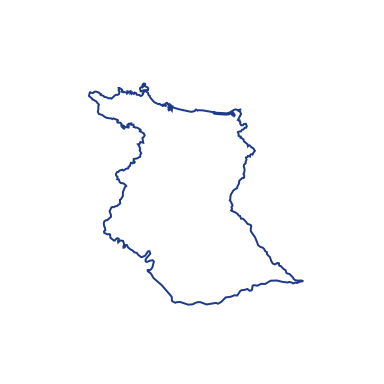 the State of São Paulo, rotated 222°
{"feature_id": "BRA-1311", "entity_name": "São Paulo", "entity_type": "State", "adm_level": 1, "iso_a3": "BRA", "parent_name": "Brazil", "parent_adm1": "", "projection": "albers", "projection_center": [-47.634, -22.544], "detail": "fine", "context": "isolated", "style": "outline", "palette": "blue", "viewbox_px": 384, "rotation_deg": 222, "n_neighbors": 0, "source": "natural_earth", "source_scale": "10m", "svg_char_len": 6102}
<svg xmlns="http://www.w3.org/2000/svg" viewBox="0 0 384 384"><g transform="rotate(222 192 192)"><path d="M316.1,220.2L315.4,220.8L312.4,221.2L311.7,220.3L310.7,220.5L310.9,219.7L310.1,220.0L308.1,221.7L306.6,222.2L306.1,221.8L305.9,222.6L307.2,223.7L305.9,224.2L305.2,225.6L304.5,224.8L304.6,225.6L302.8,224.6L302.8,226.0L301.1,225.8L300.7,226.4L301.1,227.5L299.4,228.1L298.3,227.3L295.8,228.9L294.4,228.9L293.7,230.5L294.0,232.1L294.7,232.5L294.5,233.7L294.9,234.6L294.5,235.9L293.8,236.2L292.7,236.0L291.2,236.4L289.2,235.0L287.8,235.2L287.4,234.7L284.7,234.0L280.1,233.5L276.2,234.6L275.0,235.9L274.0,235.7L271.6,236.7L271.3,236.4L270.2,238.0L268.4,238.7L269.6,238.8L271.3,237.3L272.3,237.1L270.8,239.0L270.6,241.1L269.9,241.6L268.9,241.1L266.8,242.4L265.8,242.3L267.1,241.1L266.4,239.1L264.6,238.3L264.6,237.5L263.8,237.3L263.7,238.4L263.0,238.8L263.0,239.4L261.6,239.1L262.9,241.0L264.0,241.2L264.0,242.5L263.7,242.7L263.0,242.0L257.2,244.7L246.4,250.9L244.8,252.9L244.1,254.5L244.4,255.6L243.9,256.1L242.8,256.2L242.8,255.5L242.1,256.9L238.7,259.8L230.6,264.9L228.9,265.3L227.8,265.1L224.6,267.4L218.6,272.2L216.5,274.5L215.3,277.0L214.4,277.5L212.9,277.3L213.2,276.8L214.4,276.6L214.1,276.2L212.7,276.2L212.1,277.5L211.6,277.1L211.6,277.6L212.2,278.0L214.8,278.6L216.7,277.8L215.7,281.3L214.7,282.7L212.6,283.6L210.7,286.4L212.2,283.7L211.7,283.3L210.4,284.0L207.7,282.8L206.1,276.3L204.6,277.0L204.5,276.4L202.8,276.3L202.0,275.1L200.1,274.5L198.9,275.6L198.9,277.1L197.7,278.7L195.3,277.6L194.8,276.0L195.8,274.9L195.7,272.9L196.4,271.8L196.2,269.7L197.4,268.6L198.0,267.2L196.0,266.2L195.1,265.0L194.1,265.0L192.8,265.8L192.1,264.8L191.2,265.3L188.9,265.5L187.3,264.4L182.7,264.6L181.1,263.5L181.2,264.6L180.4,265.2L177.5,265.0L175.8,265.5L172.8,264.7L172.7,262.3L172.0,260.4L173.3,259.7L173.5,258.0L172.7,257.2L174.5,256.1L174.2,255.1L175.0,253.8L173.1,252.4L172.3,250.2L171.4,249.5L171.5,247.0L170.8,245.7L169.2,244.9L167.8,243.7L166.3,241.6L165.7,239.7L164.6,239.5L163.1,237.9L163.0,236.9L163.6,236.6L164.0,235.8L164.4,232.0L162.7,229.6L161.9,226.2L161.1,225.2L162.3,221.1L161.5,216.5L160.5,214.4L158.7,212.3L158.4,211.1L157.2,211.0L153.3,209.4L152.7,208.7L152.6,207.3L150.9,206.2L150.6,204.5L150.0,204.5L150.0,205.0L149.0,204.8L146.0,205.9L143.4,206.2L141.6,205.7L140.2,206.3L137.7,205.0L136.4,206.2L133.9,206.2L129.2,205.5L127.0,206.5L125.8,206.7L125.1,206.3L124.1,204.4L122.0,202.2L114.7,200.5L107.1,196.7L104.6,196.9L102.0,198.0L100.2,197.9L97.9,197.0L96.1,197.4L94.5,195.9L90.4,195.7L86.9,193.7L84.2,192.9L82.0,193.6L80.9,196.5L79.6,197.2L78.8,196.1L77.7,195.7L76.5,196.4L72.3,196.0L70.0,196.5L68.1,195.2L67.0,195.1L64.5,196.3L59.9,196.0L58.2,195.4L56.4,195.5L54.5,196.6L51.3,199.6L49.6,200.2L51.4,198.2L53.2,194.5L54.3,194.1L55.7,191.7L57.2,191.5L59.6,190.2L60.3,188.8L64.7,185.7L69.6,183.1L74.2,178.7L76.1,172.6L79.1,170.1L80.7,166.1L83.0,164.7L84.1,163.5L84.1,162.5L82.0,159.6L82.0,158.7L83.1,157.2L85.9,157.0L87.5,154.3L89.4,152.3L89.9,150.7L89.1,145.4L91.5,143.5L93.0,140.2L96.5,136.1L96.7,130.0L97.9,126.4L100.0,125.6L105.9,118.2L111.9,115.8L113.5,114.6L115.3,112.0L116.3,109.0L119.5,105.7L127.1,102.4L129.6,100.0L130.2,98.6L133.4,97.6L134.5,98.0L136.5,100.2L137.3,100.6L152.1,102.5L162.9,102.3L168.1,103.9L171.7,103.5L172.7,104.2L172.5,104.8L171.1,105.5L170.7,107.2L171.0,109.5L173.7,114.6L174.8,115.1L175.8,114.7L177.4,112.7L178.4,110.3L179.3,109.4L180.5,109.7L181.3,110.8L181.6,112.4L181.7,118.2L183.9,119.5L185.0,118.4L184.2,113.4L185.6,110.1L186.4,109.6L189.8,109.3L192.3,109.8L194.6,108.6L197.1,108.8L199.9,108.1L202.7,108.1L205.0,109.0L205.7,108.2L205.0,105.8L205.6,104.8L206.4,105.4L207.4,107.8L210.5,109.5L212.6,108.2L213.1,106.9L213.1,105.2L214.2,106.0L214.6,107.6L215.2,108.2L216.6,107.7L217.1,105.5L216.8,104.5L217.5,103.7L222.0,103.4L224.5,105.6L225.3,105.4L226.4,104.0L229.9,102.9L231.0,103.8L230.9,105.5L232.2,106.8L235.2,108.4L236.8,110.0L237.5,111.4L237.1,113.3L236.1,114.5L235.6,119.3L236.9,120.7L240.3,122.5L241.5,126.3L241.3,127.4L240.0,128.3L239.5,130.0L238.4,131.3L237.7,135.4L240.3,137.9L240.0,139.2L240.7,142.8L243.2,145.6L245.1,150.6L244.8,152.4L245.6,152.7L248.2,152.6L250.0,151.8L250.8,151.0L252.4,151.0L254.8,152.3L256.1,151.4L256.4,152.4L257.2,152.8L257.5,153.4L259.3,153.5L260.5,154.3L261.0,156.7L260.2,157.7L260.2,159.4L258.7,162.0L257.4,162.0L256.4,165.5L255.3,166.6L255.4,167.6L256.1,168.4L255.6,169.7L256.9,172.7L256.6,173.1L255.5,173.4L255.2,174.0L255.5,174.7L254.4,175.1L254.3,175.5L254.9,176.1L256.5,176.3L257.4,177.6L255.4,180.0L254.1,183.5L255.4,185.3L255.7,186.9L258.9,188.0L259.4,189.5L262.3,190.9L264.1,191.3L263.1,192.6L263.8,194.6L261.2,196.0L265.0,199.0L264.7,200.8L265.1,202.5L267.3,203.3L271.5,202.2L271.8,202.6L271.6,203.7L272.3,203.8L275.9,203.1L277.2,201.9L278.3,201.9L278.9,201.3L280.5,202.8L281.8,201.6L283.0,202.4L283.6,201.6L283.4,200.5L284.6,200.5L284.9,198.8L284.6,198.2L282.8,198.2L282.3,197.5L285.4,195.4L284.7,193.8L285.0,193.5L287.4,193.5L286.4,194.9L286.5,195.4L287.0,195.6L289.5,194.5L290.0,195.4L291.5,195.6L293.8,193.8L294.7,194.3L294.9,195.6L295.3,195.8L299.6,194.1L300.1,192.9L301.0,192.7L304.4,190.4L306.2,189.6L310.5,189.1L313.4,187.7L315.7,188.6L317.1,191.1L319.1,193.1L319.4,194.4L320.4,194.9L321.8,194.8L323.5,195.3L327.3,194.5L327.9,194.1L328.5,194.6L332.8,194.4L334.3,197.1L334.4,197.9L332.8,198.6L331.6,199.7L331.6,201.0L330.8,202.2L327.7,203.6L326.8,203.3L325.3,203.8L324.7,203.0L322.3,204.2L320.9,204.0L318.3,205.4L316.6,205.8L315.4,207.2L314.3,207.5L313.9,212.4L313.2,213.6L312.5,214.1L311.8,215.9L313.3,218.2L314.3,218.2L314.8,219.2L316.1,220.2ZM300.5,238.9L300.1,239.0L300.3,240.4L299.6,241.0L298.9,240.8L298.1,239.1L295.1,239.9L293.9,239.8L293.0,238.3L296.1,235.2L297.1,232.7L297.6,232.5L300.1,234.3L299.8,236.8L298.9,236.6L298.7,237.6L299.2,238.6L300.2,238.4L300.5,238.9ZM228.2,265.6L230.4,265.1L228.9,266.4L227.2,267.0L218.7,273.8L216.7,277.2L216.3,277.1L217.0,274.6L218.4,272.8L223.4,269.4L225.3,267.4L226.9,266.8L228.2,265.6ZM265.5,239.2L266.7,241.4L265.1,240.7L264.3,241.1L263.3,240.8L262.6,239.9L263.5,239.9L263.5,238.9L265.5,239.2Z" fill="none" stroke="#1e3a8a" stroke-width="2"/></g></svg>